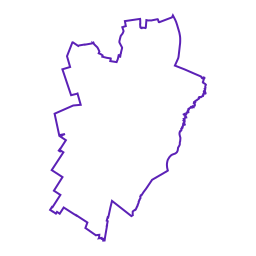 the district of Assen, Drenthe, Netherlands
{"feature_id": "6326949B46480048761127", "entity_name": "Assen", "entity_type": "district", "adm_level": 2, "iso_a3": "NLD", "parent_name": "Netherlands", "parent_adm1": "Drenthe", "projection": "albers", "projection_center": [6.575, 52.997], "detail": "fine", "context": "isolated", "style": "outline", "palette": "violet", "viewbox_px": 256, "rotation_deg": 0, "n_neighbors": 0, "source": "geoboundaries", "source_scale": "gbopen_adm2", "svg_char_len": 5466}
<svg xmlns="http://www.w3.org/2000/svg" viewBox="0 0 256 256"><path d="M54.6,113.7L59.2,135.2L64.9,134.0L63.7,134.6L62.8,134.8L62.4,135.3L60.3,136.5L65.9,140.2L60.2,149.0L60.0,148.9L58.8,150.6L60.0,151.4L60.6,150.5L63.4,152.3L54.8,165.4L51.7,170.1L62.5,177.1L53.9,190.7L60.4,194.9L52.5,207.2L52.0,206.9L50.1,209.9L52.7,211.6L52.8,211.5L55.9,213.6L57.0,211.9L59.7,213.7L63.7,207.5L74.3,214.3L74.5,214.4L76.2,215.5L76.3,215.2L77.4,215.9L77.4,216.0L87.4,222.5L85.4,228.0L95.9,235.3L96.1,235.2L99.3,234.8L99.1,237.5L99.0,237.9L98.8,238.3L101.6,237.9L101.7,238.9L103.0,238.8L103.2,240.6L104.6,240.5L105.0,237.5L105.9,232.2L107.0,225.8L106.8,225.8L107.7,221.2L106.7,220.7L107.7,217.2L108.2,217.4L108.3,216.8L108.6,215.9L110.4,207.5L112.0,200.9L131.4,216.1L132.8,215.2L132.7,214.6L132.7,213.9L132.7,211.7L132.8,211.4L135.1,209.7L135.3,209.9L135.6,209.7L136.5,207.9L136.5,207.6L136.8,207.3L136.9,206.7L137.2,206.4L137.4,206.0L137.6,205.7L137.5,205.3L137.6,205.0L137.8,204.8L138.1,203.9L138.3,203.5L138.4,203.3L138.8,202.0L138.8,201.7L138.7,201.5L139.0,201.1L139.3,200.0L139.4,199.8L139.6,199.8L139.7,199.5L140.3,198.2L140.5,198.0L140.4,197.6L140.4,197.2L140.2,196.6L140.4,196.2L140.8,195.8L140.8,195.3L141.3,195.0L141.6,195.1L143.6,192.0L146.1,188.7L152.1,179.8L167.6,170.8L167.6,170.5L167.8,170.4L167.3,168.4L167.1,167.3L167.0,166.1L166.9,164.9L167.0,163.4L167.2,162.1L167.4,161.1L167.8,159.8L168.5,158.6L169.5,157.0L170.1,156.4L171.0,155.4L172.3,154.6L175.3,153.5L176.1,152.9L176.8,152.3L177.2,151.6L177.6,150.7L177.8,149.9L178.0,148.2L178.1,147.6L178.5,147.0L179.1,146.0L179.6,145.0L179.8,144.2L179.8,142.7L179.9,142.0L180.1,141.5L180.2,140.7L180.4,138.4L180.4,137.8L180.2,137.1L179.8,135.6L179.6,134.8L179.5,134.0L179.5,133.3L179.6,132.5L180.0,131.3L180.1,131.2L180.5,131.3L181.1,130.5L181.5,130.0L181.5,129.7L181.3,129.4L181.2,129.2L181.2,128.8L181.4,128.5L182.0,128.3L182.4,128.0L182.4,127.8L182.0,127.7L182.0,127.3L182.2,127.0L182.8,126.7L182.7,126.2L183.0,125.6L183.1,124.6L183.3,124.5L183.8,124.7L184.7,124.8L184.8,124.7L184.8,124.3L184.5,124.1L184.2,124.1L184.0,123.9L183.6,124.0L183.3,123.9L183.2,123.7L183.4,123.3L183.6,123.4L183.8,123.3L183.8,122.9L184.0,122.6L184.5,122.1L184.6,121.6L183.8,121.0L183.6,120.8L183.5,120.6L184.0,120.4L184.4,120.6L184.6,120.5L184.6,120.3L184.5,120.0L184.1,119.7L183.9,119.4L183.7,118.9L184.0,118.8L184.3,119.1L184.6,119.0L184.7,118.9L184.7,118.5L184.9,118.0L185.6,117.2L186.1,117.4L186.3,117.4L186.3,117.2L185.8,116.6L185.7,116.3L185.3,116.1L185.6,115.8L185.6,115.6L184.8,114.9L184.4,114.7L183.8,114.6L183.7,114.4L183.9,114.3L184.3,114.0L184.5,113.9L184.6,114.0L184.6,114.3L185.6,114.6L185.8,114.3L186.3,114.1L186.4,113.7L186.4,112.8L186.5,112.7L187.2,112.7L187.7,112.6L188.2,112.3L188.3,112.2L188.0,112.0L187.6,112.0L187.6,111.9L187.5,111.7L187.7,111.0L188.0,111.0L188.1,110.9L188.0,110.2L188.5,109.9L188.9,109.6L188.9,109.4L188.7,109.3L188.5,108.9L189.2,108.4L189.8,108.1L190.1,107.9L190.8,107.7L190.9,107.4L190.8,107.0L190.9,106.9L191.0,106.9L191.1,107.0L191.2,107.3L191.3,107.4L191.8,106.8L192.1,106.6L192.1,107.0L192.4,107.5L192.5,107.5L192.8,107.1L193.4,107.2L193.5,107.2L193.4,106.9L193.8,106.4L193.9,106.1L194.8,105.6L194.8,105.1L194.9,104.8L194.8,104.5L194.7,104.3L194.3,103.8L194.1,103.4L194.3,103.2L194.6,103.4L194.8,103.0L195.1,102.6L194.7,102.3L194.5,102.6L193.9,102.7L194.0,102.1L194.8,101.9L195.0,101.6L195.1,101.2L195.6,101.0L196.1,100.5L196.7,100.3L197.4,99.6L198.6,98.9L198.9,98.5L199.1,98.4L199.1,98.2L199.1,97.9L198.8,97.5L198.9,97.3L199.4,97.0L199.8,97.0L200.2,97.0L200.6,97.2L200.9,97.2L201.1,97.1L201.5,96.6L202.9,96.1L202.9,95.9L202.9,95.2L203.4,95.0L203.5,94.8L203.5,94.7L203.3,94.3L203.3,93.9L203.6,93.4L203.9,93.2L204.0,93.1L204.6,93.2L205.2,93.6L205.5,93.5L205.6,93.2L205.5,92.9L205.4,92.7L205.2,92.1L204.7,92.2L204.2,92.2L203.9,91.8L203.8,91.3L203.9,91.1L204.7,90.8L205.1,90.0L205.2,89.6L205.1,89.4L204.7,89.1L204.6,88.9L205.1,88.4L205.5,87.9L205.5,87.7L205.3,87.4L205.2,87.1L205.3,86.5L205.4,85.9L205.9,84.8L205.9,84.7L205.0,83.8L204.2,83.4L203.6,82.9L203.1,82.7L202.8,82.1L203.2,81.4L203.3,81.1L203.5,80.1L203.7,79.3L204.0,78.8L204.4,78.2L204.5,78.0L204.4,77.7L203.7,77.6L203.5,77.4L203.3,77.4L202.8,77.8L202.7,78.1L202.5,78.3L202.3,78.3L201.8,77.9L201.0,76.5L194.0,73.5L184.6,69.4L174.9,65.6L177.9,58.9L178.3,57.9L178.4,57.3L178.6,56.3L180.1,43.2L180.2,41.1L180.2,38.7L180.1,37.0L179.9,35.5L179.6,33.9L179.3,32.4L177.1,24.9L176.1,21.9L175.1,19.6L174.1,17.7L172.9,15.4L172.1,17.2L171.9,17.4L159.3,22.2L159.1,22.2L158.8,22.1L157.9,19.5L157.8,19.3L157.5,19.2L151.1,20.5L149.9,20.4L148.3,20.5L146.4,20.1L145.8,27.5L145.6,28.0L145.4,28.1L144.9,27.9L141.5,27.6L141.5,28.1L141.3,28.1L140.8,27.8L140.4,27.4L140.3,26.9L140.2,25.3L140.1,23.9L140.3,23.7L140.2,19.5L140.1,18.9L124.9,21.1L125.8,26.1L122.3,27.2L123.5,30.8L123.5,31.4L122.9,32.8L122.6,33.5L120.8,35.8L120.4,37.1L119.4,41.2L119.4,42.3L119.5,42.6L122.0,47.4L122.1,47.7L122.1,48.0L121.0,52.4L121.0,53.1L120.9,53.2L120.7,53.5L120.2,56.7L118.6,56.4L118.8,55.8L118.7,55.8L118.8,55.1L118.7,55.1L117.8,59.1L116.6,62.1L110.3,61.1L110.8,58.7L110.7,58.4L106.7,57.8L102.3,56.7L102.6,55.7L102.6,55.4L100.7,54.1L98.7,53.3L99.4,51.5L98.1,48.7L97.5,47.6L97.4,47.4L94.1,44.2L93.4,42.6L92.5,43.2L92.4,43.1L92.4,43.3L92.1,43.4L84.8,44.7L84.7,44.5L78.9,45.5L78.6,45.7L78.3,46.0L72.8,42.3L72.4,42.4L67.0,56.2L70.1,67.0L62.4,69.3L64.0,74.0L67.4,84.2L71.1,95.2L76.8,93.8L77.5,93.5L80.7,104.8L73.2,105.5L54.6,113.7Z" fill="none" stroke="#5b21b6" stroke-width="2"/></svg>